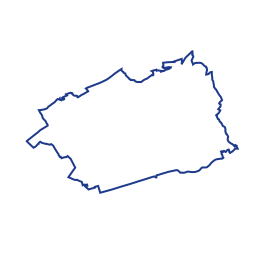 Mosoaia, Arges, Romania (Robinson projection), rotated 166°
{"feature_id": "2599482B7420544870343", "entity_name": "Mosoaia", "entity_type": "district", "adm_level": 2, "iso_a3": "ROU", "parent_name": "Romania", "parent_adm1": "Arges", "projection": "robinson", "projection_center": [24.795, 44.826], "detail": "fine", "context": "isolated", "style": "outline", "palette": "blue", "viewbox_px": 256, "rotation_deg": 166, "n_neighbors": 0, "source": "geoboundaries", "source_scale": "gbopen_adm2", "svg_char_len": 5634}
<svg xmlns="http://www.w3.org/2000/svg" viewBox="0 0 256 256"><g transform="rotate(166 128 128)"><path d="M59.2,182.1L67.3,181.4L67.2,180.8L71.4,181.8L74.8,182.4L78.2,182.8L78.4,180.3L79.6,179.2L79.8,178.6L79.4,178.1L78.7,178.1L78.7,177.4L74.4,177.3L73.5,177.2L72.2,176.7L71.7,176.5L72.0,176.1L72.6,176.0L73.0,175.7L73.8,175.8L74.3,175.4L77.9,175.3L78.8,174.8L79.4,174.6L81.3,175.2L81.6,175.2L81.6,174.7L82.4,174.7L82.3,175.4L82.5,175.7L85.6,176.8L86.3,176.7L86.3,177.7L89.2,177.6L89.5,177.7L91.1,177.5L90.4,176.9L90.3,176.3L90.4,175.9L90.2,175.3L90.3,174.6L90.6,173.4L90.9,173.1L91.2,173.1L91.4,173.3L91.6,173.8L98.0,171.2L98.7,171.3L101.1,170.7L104.2,169.4L104.6,169.6L105.3,169.7L106.5,170.1L107.5,170.2L108.2,170.7L108.5,170.7L109.1,171.1L109.9,171.9L110.1,172.3L110.1,172.7L110.4,172.9L111.5,173.3L111.9,173.4L113.8,173.9L113.9,174.2L113.8,174.5L114.4,174.8L114.6,174.9L114.9,175.3L115.2,176.2L115.9,177.3L116.7,178.5L117.5,180.1L117.4,181.5L118.8,182.5L118.9,183.5L119.7,184.1L120.4,185.5L120.0,186.8L123.1,185.8L123.6,185.6L128.2,183.8L130.2,182.8L133.0,181.6L136.3,180.3L137.7,179.9L143.1,178.8L145.7,178.4L151.7,177.7L156.2,177.1L158.0,177.0L159.3,176.5L158.6,175.5L158.5,174.8L157.9,173.9L157.8,173.2L163.6,171.6L164.5,171.5L165.3,171.3L167.0,170.6L168.3,170.2L169.2,169.9L169.4,170.0L169.7,170.3L169.4,170.9L169.4,171.1L169.7,171.5L170.1,171.7L171.8,172.2L172.3,172.4L173.0,173.1L173.7,174.2L173.5,174.8L173.6,175.2L173.9,175.5L174.2,175.6L174.7,175.5L175.2,176.1L177.2,176.0L180.0,175.7L179.8,175.3L179.3,174.3L183.5,173.7L183.8,173.5L184.2,173.4L184.6,173.2L184.5,172.8L184.2,172.6L183.7,172.5L183.0,172.2L182.8,171.9L182.8,171.7L183.0,171.4L183.7,171.1L184.0,171.3L184.1,171.7L184.3,171.8L184.7,171.6L185.2,171.3L185.2,171.8L186.9,171.5L187.1,171.8L187.2,172.0L187.1,173.2L188.0,172.6L188.3,172.5L188.7,172.6L189.1,173.0L189.3,173.1L189.5,173.0L190.5,172.5L192.6,171.0L193.4,170.6L196.4,169.5L198.3,168.6L200.0,168.0L200.5,167.7L201.1,167.1L202.0,166.6L204.3,166.3L207.8,166.5L210.1,166.9L209.6,164.5L209.1,163.1L208.4,161.3L208.3,158.1L207.0,155.8L206.5,155.0L206.3,154.3L205.8,152.3L205.2,150.5L205.2,150.2L205.4,149.7L206.3,149.4L210.9,148.0L214.0,147.0L215.9,145.9L228.8,140.1L229.4,139.6L227.0,135.7L224.4,131.7L222.9,132.1L221.4,132.8L219.6,134.0L219.0,134.3L218.7,134.3L218.7,134.5L218.4,134.9L216.5,135.9L214.9,134.2L213.0,133.3L211.6,132.4L211.0,132.5L209.4,131.4L208.4,131.1L207.9,130.7L206.4,130.9L205.8,130.1L205.3,129.6L204.8,128.8L204.5,128.0L204.5,127.6L202.6,121.4L201.7,119.5L201.9,118.6L201.8,118.3L201.2,117.3L201.2,116.5L200.2,116.3L199.9,114.8L197.4,115.0L196.1,115.0L195.8,114.8L194.7,114.7L193.4,115.4L191.1,111.9L188.8,102.3L192.5,99.2L194.3,97.6L197.7,94.7L193.3,91.3L191.5,90.2L190.0,90.1L188.6,88.8L185.9,86.9L185.8,83.5L185.2,83.6L184.6,83.7L184.4,83.5L184.0,83.5L183.5,83.4L183.1,83.3L183.1,83.2L181.4,83.0L181.4,82.0L182.5,82.2L182.6,81.8L182.4,81.8L182.4,81.4L183.5,81.5L181.1,77.9L177.2,78.1L174.5,78.1L174.4,78.2L174.4,78.3L174.4,78.9L171.0,79.0L170.6,71.9L158.5,72.2L148.3,72.8L139.1,73.2L135.0,73.5L134.1,73.5L128.9,73.9L127.5,73.9L114.8,74.7L114.2,74.6L113.1,73.5L112.8,73.2L112.4,73.2L111.9,75.1L111.6,75.2L109.2,75.2L106.3,75.4L98.7,75.7L91.7,75.4L90.8,75.3L90.0,74.9L89.4,74.2L88.0,71.9L87.1,71.9L85.5,71.2L83.9,71.0L82.3,71.1L81.2,71.3L80.4,71.2L76.7,69.8L75.2,69.4L73.3,69.1L71.4,69.2L69.9,69.4L69.1,69.6L67.5,70.6L66.8,71.2L65.9,71.6L65.2,71.7L62.6,71.0L61.0,70.8L57.8,72.3L57.1,72.9L55.7,74.0L53.3,75.2L52.1,75.7L51.2,76.0L49.9,76.2L48.7,76.2L47.3,75.9L45.8,75.9L44.1,75.5L43.6,75.6L42.7,76.0L43.1,76.8L43.0,77.9L43.0,78.6L43.4,79.9L43.5,80.1L43.5,80.4L43.3,80.8L43.0,81.0L42.9,81.2L43.0,81.6L43.4,82.1L43.5,82.6L42.9,82.8L42.4,82.7L41.7,81.8L41.4,81.9L41.0,82.3L40.5,82.6L40.1,82.4L39.5,81.6L39.4,81.3L39.1,81.1L38.1,81.6L37.8,81.9L37.6,82.2L36.9,82.6L36.0,82.7L35.4,82.6L35.3,81.7L35.5,80.1L35.0,79.1L34.0,79.5L32.2,80.0L29.1,81.9L28.0,81.9L27.3,81.6L26.6,81.4L27.2,84.3L27.0,84.5L28.1,85.6L28.4,85.5L28.5,85.3L28.7,84.8L28.6,84.5L28.9,84.2L29.6,85.6L30.6,87.1L31.6,87.8L32.5,89.0L33.1,89.4L33.8,90.8L34.0,91.4L34.1,92.7L34.0,93.2L32.9,95.3L33.0,95.8L33.1,96.2L33.1,96.4L33.4,96.9L33.4,97.3L33.6,97.9L34.0,98.3L33.9,98.7L34.0,99.0L34.3,99.4L34.3,100.1L34.4,100.6L34.2,101.1L34.3,101.7L33.8,102.7L33.7,103.2L33.8,104.1L33.8,104.5L33.7,104.8L34.0,105.7L34.8,106.4L35.6,107.2L35.9,109.4L36.2,109.7L36.3,110.5L36.4,110.8L37.1,111.5L37.3,111.9L37.4,112.5L37.7,113.2L37.6,113.9L37.8,114.5L38.6,115.0L38.5,115.6L38.8,116.3L39.0,116.7L38.8,117.4L38.7,118.3L39.1,118.3L39.3,118.5L39.4,118.8L39.3,119.2L37.8,119.8L36.7,120.3L36.1,120.8L34.2,122.8L35.2,123.7L35.9,124.4L33.0,126.6L32.4,128.4L33.2,129.0L33.5,129.5L33.6,129.9L32.4,131.0L30.9,131.8L30.0,132.2L30.4,135.5L31.7,138.6L33.0,143.0L33.1,143.8L33.8,144.7L33.9,144.9L33.8,145.1L34.1,145.6L34.4,146.4L34.6,147.1L34.6,147.4L34.2,148.6L34.3,149.7L34.0,152.9L34.4,153.9L34.5,154.5L34.4,155.5L34.1,156.0L34.0,156.6L34.0,157.2L33.8,158.7L33.7,159.4L33.8,159.8L33.6,160.2L33.3,161.1L33.1,162.1L34.7,162.2L35.7,161.7L36.0,161.4L36.4,161.2L36.9,160.9L39.2,160.9L38.5,162.9L37.3,165.1L37.1,165.8L37.1,166.8L37.2,167.8L37.5,167.9L37.4,168.4L37.9,169.0L39.0,170.0L40.0,171.9L40.8,172.9L41.1,173.2L42.5,173.9L44.4,174.3L45.4,174.5L46.2,174.7L47.8,174.7L48.5,174.4L49.5,173.9L49.5,174.5L50.0,177.9L49.9,178.3L49.7,178.5L48.6,179.8L48.1,180.6L47.5,181.1L47.4,181.4L47.3,182.1L47.7,182.9L47.8,183.2L48.0,183.6L47.9,183.8L47.5,184.0L47.4,184.2L47.5,184.5L47.2,185.1L47.4,185.7L46.9,186.7L47.1,186.9L55.2,182.3L60.7,176.8L60.2,177.6L60.0,178.4L59.5,179.4L59.4,180.7L59.4,181.1L59.2,182.1Z" fill="none" stroke="#1e3a8a" stroke-width="2"/></g></svg>